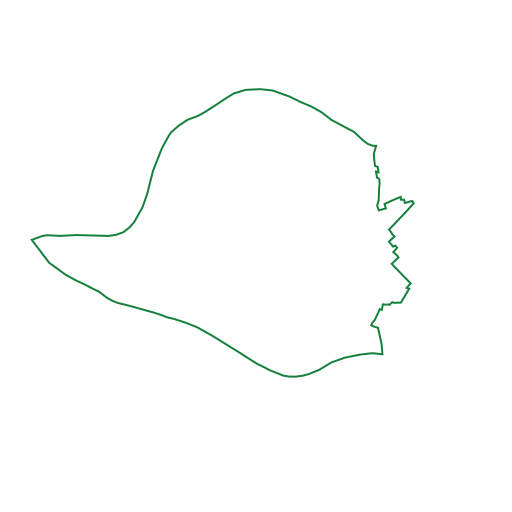 outline of Long Bien, Ha Noi, Vietnam, rotated 320°
{"feature_id": "81297802B92281690814663", "entity_name": "Long Bien", "entity_type": "district", "adm_level": 2, "iso_a3": "VNM", "parent_name": "Vietnam", "parent_adm1": "Ha Noi", "projection": "orthographic", "projection_center": [105.905, 21.038], "detail": "fine", "context": "isolated", "style": "outline", "palette": "green", "viewbox_px": 512, "rotation_deg": 320, "n_neighbors": 0, "source": "geoboundaries", "source_scale": "gbopen_adm2", "svg_char_len": 2334}
<svg xmlns="http://www.w3.org/2000/svg" viewBox="0 0 512 512"><g transform="rotate(320 256 256)"><path d="M144.6,238.9L146.0,241.2L148.7,246.1L153.1,252.0L159.9,263.0L163.9,270.5L165.2,273.0L171.2,288.9L180.5,317.1L187.2,338.3L192.7,351.2L193.8,353.6L199.9,365.0L203.6,369.4L208.9,374.0L214.5,377.5L220.3,380.3L231.3,383.8L245.4,386.0L258.5,390.9L272.3,398.4L282.6,405.2L289.7,412.5L295.5,404.3L303.3,389.4L302.7,388.5L301.1,386.1L299.7,383.1L301.6,382.2L306.2,381.2L313.4,377.9L316.6,376.2L317.7,378.2L317.9,378.1L320.8,375.6L321.4,375.2L322.1,374.6L323.1,375.7L324.5,376.9L325.0,377.3L325.6,377.7L325.7,377.8L326.2,378.2L326.7,379.2L330.7,379.0L331.4,380.2L332.7,381.6L334.1,382.5L335.7,383.8L336.8,384.8L337.7,384.6L352.3,379.5L351.0,377.3L356.9,376.3L355.5,358.7L354.9,349.2L364.2,348.7L364.4,346.9L364.1,343.6L363.7,341.3L364.5,341.2L368.9,340.5L369.4,340.4L369.3,337.4L367.1,336.9L367.1,334.0L367.1,330.5L369.8,330.3L374.5,330.2L374.5,329.8L374.4,329.2L374.4,328.6L374.4,328.1L374.3,327.7L374.3,327.4L374.4,326.9L374.5,326.5L374.6,325.9L374.7,325.3L374.8,324.6L374.8,323.9L374.9,323.2L375.0,322.3L374.9,321.5L374.9,321.2L379.3,320.8L390.2,319.6L402.9,318.1L410.7,317.0L411.0,314.2L404.1,311.1L405.6,308.2L403.2,306.1L404.8,303.7L395.7,300.9L387.9,298.8L386.1,303.0L379.4,300.0L380.1,298.2L380.8,296.2L381.2,295.4L381.8,294.8L383.1,294.0L384.3,293.2L385.4,292.4L386.3,291.6L390.5,287.0L392.8,284.3L393.7,283.4L397.4,279.8L400.0,276.2L399.6,275.0L399.0,273.9L402.2,268.5L403.6,270.6L406.5,266.1L405.1,263.6L406.6,261.0L411.7,253.6L418.8,248.8L416.3,246.6L415.4,245.0L413.6,241.8L412.3,236.1L410.9,224.1L408.8,218.9L401.3,200.4L399.7,193.0L398.6,188.0L394.4,176.9L389.0,166.4L384.0,155.1L375.1,139.9L370.3,134.9L366.3,130.8L354.9,122.1L343.5,117.2L334.6,115.9L330.0,115.4L329.2,115.3L323.6,114.7L318.4,114.0L316.8,113.8L309.1,112.8L301.7,111.4L295.2,109.1L291.2,107.7L281.0,106.5L270.2,106.7L266.5,107.8L253.2,113.0L232.3,124.3L231.1,125.1L213.8,137.6L211.9,138.9L200.2,145.8L184.8,151.6L177.7,152.8L169.7,152.5L162.6,149.9L155.9,145.8L139.2,131.0L131.6,124.3L118.8,114.6L109.4,105.9L105.9,103.6L94.6,99.5L93.2,128.3L98.3,148.6L102.4,159.0L105.8,166.3L113.1,183.3L114.4,189.8L114.9,192.1L117.2,198.0L118.3,200.0L119.6,202.6L128.2,214.4L136.6,226.8L141.2,233.4L144.6,238.9Z" fill="none" stroke="#15803d" stroke-width="2"/></g></svg>